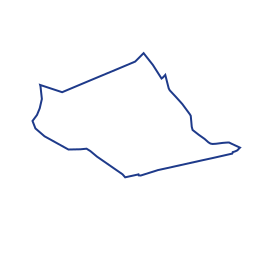 the district of Bwari, Federal Capital Territory, Nigeria, rotated 226°
{"feature_id": "59680162B85175001165051", "entity_name": "Bwari", "entity_type": "district", "adm_level": 2, "iso_a3": "NGA", "parent_name": "Nigeria", "parent_adm1": "Federal Capital Territory", "projection": "natural_earth1", "projection_center": [7.401, 9.25], "detail": "fine", "context": "isolated", "style": "outline", "palette": "blue", "viewbox_px": 256, "rotation_deg": 226, "n_neighbors": 0, "source": "geoboundaries", "source_scale": "gbopen_adm2", "svg_char_len": 994}
<svg xmlns="http://www.w3.org/2000/svg" viewBox="0 0 256 256"><g transform="rotate(226 128 128)"><path d="M171.0,191.2L170.8,179.3L176.1,165.6L189.5,131.3L199.5,105.5L220.0,94.7L218.9,94.1L208.7,86.2L203.5,78.2L200.6,71.6L199.4,64.2L192.0,61.1L180.0,62.2L153.9,70.2L146.2,78.5L145.8,78.9L141.9,83.8L137.5,84.9L129.0,85.8L114.5,88.7L98.5,91.9L94.5,91.7L87.9,102.4L87.4,103.3L86.5,102.8L85.0,104.1L77.4,119.3L77.1,120.0L71.6,128.9L53.3,158.8L47.6,168.0L41.9,177.4L37.6,184.5L37.2,185.1L37.4,185.8L37.9,186.6L37.7,186.9L37.0,188.3L36.7,189.0L36.4,189.8L36.0,191.1L36.0,192.0L36.0,192.4L36.1,193.2L36.1,193.8L36.1,194.9L44.9,191.5L47.4,190.6L49.1,188.7L51.4,185.9L55.5,180.4L57.8,177.7L59.5,176.5L61.8,175.9L67.0,175.5L74.4,174.1L74.6,174.1L77.4,173.7L81.7,173.1L84.6,174.7L88.8,178.1L93.2,181.6L94.8,182.0L107.5,183.7L115.6,184.0L126.1,184.2L128.2,184.8L131.2,186.5L140.3,191.7L140.2,190.6L140.1,187.8L140.3,186.5L156.1,189.7L171.0,191.2Z" fill="none" stroke="#1e3a8a" stroke-width="2"/></g></svg>